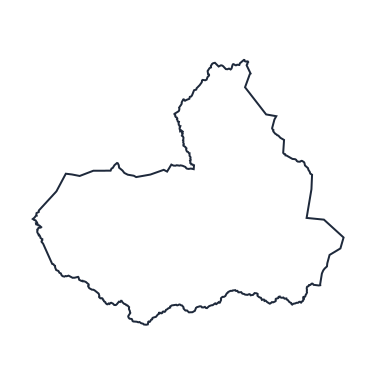 outline of Machaze, Manica, Mozambique, rotated 6°
{"feature_id": "85939544B88211826741163", "entity_name": "Machaze", "entity_type": "district", "adm_level": 2, "iso_a3": "MOZ", "parent_name": "Mozambique", "parent_adm1": "Manica", "projection": "natural_earth1", "projection_center": [33.202, -20.936], "detail": "fine", "context": "isolated", "style": "outline", "palette": "slate", "viewbox_px": 384, "rotation_deg": 6, "n_neighbors": 0, "source": "geoboundaries", "source_scale": "gbopen_adm2", "svg_char_len": 6027}
<svg xmlns="http://www.w3.org/2000/svg" viewBox="0 0 384 384"><g transform="rotate(6 192 192)"><path d="M233.8,56.3L231.4,56.6L230.7,56.2L230.3,55.2L229.8,55.2L226.2,59.0L225.8,60.7L223.6,60.7L222.8,61.3L222.0,61.4L220.0,60.5L219.4,60.7L219.0,61.6L218.4,65.1L217.6,66.1L215.9,65.4L214.4,66.2L212.8,66.2L209.8,63.6L208.5,63.0L207.5,63.0L205.4,64.4L201.3,61.1L199.6,61.7L198.7,62.4L197.6,64.6L197.9,66.1L196.8,66.7L196.3,67.3L194.9,70.1L195.7,73.2L196.6,73.3L196.8,73.9L196.7,74.5L195.4,76.2L194.8,78.7L193.5,79.5L191.0,79.4L190.3,80.0L190.3,81.5L190.0,82.3L188.5,84.9L185.8,88.3L185.5,89.7L183.4,90.6L182.0,95.6L181.3,97.0L179.9,97.6L179.6,99.6L176.3,101.3L175.9,101.8L175.3,101.9L174.1,100.7L173.6,100.9L172.4,103.9L172.5,105.3L172.2,106.1L170.3,109.5L170.8,110.6L170.6,112.5L170.0,113.3L166.6,115.9L166.9,116.2L166.6,116.8L167.4,117.4L167.5,118.6L168.2,119.3L169.0,119.5L169.7,120.4L169.4,121.3L170.0,122.0L170.5,123.4L171.7,123.6L171.5,125.1L171.8,126.5L172.9,127.5L172.9,128.0L173.5,127.9L173.0,130.3L173.8,132.1L173.9,133.0L174.8,132.8L174.5,132.3L174.7,131.8L176.5,132.9L175.9,134.1L176.0,134.6L176.6,134.5L176.7,134.9L176.3,135.9L176.5,136.4L176.1,137.1L177.3,137.9L177.8,138.7L177.9,140.5L177.6,141.5L178.2,142.2L178.0,143.4L178.9,145.2L178.5,145.8L178.6,146.8L180.7,147.9L180.9,148.4L181.9,149.1L181.7,150.2L182.1,151.3L182.8,152.3L183.9,152.6L185.2,154.0L185.5,153.9L185.8,156.3L186.8,157.4L187.0,158.2L186.8,159.1L187.3,159.9L187.4,160.3L186.7,161.0L187.3,162.2L187.2,163.3L188.3,164.0L188.4,164.6L189.8,164.6L190.2,165.1L191.2,165.2L191.3,169.1L188.4,168.8L186.3,169.4L184.6,169.3L183.9,169.0L182.8,167.8L179.9,166.9L177.8,166.7L177.0,167.1L174.0,167.0L173.0,167.5L170.9,167.7L168.6,166.9L165.1,174.3L161.6,172.9L148.8,179.0L134.9,183.0L132.4,181.9L126.3,181.5L122.7,180.1L120.6,177.9L117.0,175.5L116.3,172.9L115.2,171.2L114.4,171.0L112.1,173.4L110.7,176.3L109.5,177.1L108.8,179.3L91.6,181.2L78.6,187.8L70.7,187.1L64.6,187.0L57.1,205.5L41.6,226.4L41.7,227.9L39.6,229.2L39.5,230.6L40.0,231.7L39.3,231.9L37.9,234.1L36.5,235.5L38.2,236.4L39.3,236.5L41.2,238.7L41.2,239.6L40.1,239.6L40.4,240.5L41.5,240.7L41.5,240.2L41.8,240.0L42.6,241.2L43.6,241.2L45.7,242.7L45.3,243.2L43.1,243.7L42.6,245.0L42.0,245.5L42.0,246.0L42.4,246.5L42.2,247.4L42.4,248.3L43.4,249.8L44.2,250.2L44.0,250.8L44.2,251.3L45.0,251.3L45.6,252.0L46.1,253.5L48.1,254.6L47.8,255.4L48.1,255.9L47.5,256.7L47.6,257.3L49.3,258.9L60.1,277.5L60.6,278.2L61.7,278.3L62.7,279.4L63.5,279.7L63.8,281.4L65.1,283.8L67.4,284.5L68.6,286.2L70.1,286.7L70.8,288.1L72.0,289.2L73.9,289.5L75.0,288.8L76.1,288.9L78.0,288.1L82.2,289.8L84.3,289.5L87.6,288.3L88.0,288.6L89.0,291.1L91.3,292.0L92.0,291.8L92.3,292.1L92.7,291.8L93.1,292.2L94.3,292.1L95.9,292.6L98.9,294.7L99.0,295.9L98.5,296.3L98.6,296.7L99.9,298.4L102.7,299.6L104.1,299.5L105.4,300.0L109.8,302.8L110.8,305.2L110.5,305.9L110.7,306.4L112.0,307.3L113.5,307.0L114.3,307.4L114.5,308.3L115.4,308.9L115.9,309.9L117.3,310.6L117.8,311.6L119.1,312.5L119.9,312.5L120.6,311.6L121.7,312.0L122.4,310.9L123.2,310.6L125.1,311.3L126.5,312.5L128.0,312.4L128.8,311.7L130.8,308.7L132.0,308.9L132.8,307.6L133.4,307.6L134.3,308.9L136.4,310.4L137.7,310.6L138.6,311.5L139.6,311.5L141.5,313.1L141.5,315.0L142.7,317.0L142.8,317.9L143.3,318.7L141.7,321.8L141.6,322.6L142.2,323.7L143.1,324.5L145.3,324.6L145.9,325.4L146.3,326.4L147.1,326.9L150.7,326.8L152.1,327.2L153.4,326.8L155.1,327.8L157.1,328.1L158.0,328.8L160.3,328.8L161.9,328.3L162.1,325.6L162.5,325.3L163.4,325.6L163.8,325.3L164.7,323.3L165.7,322.8L165.7,321.8L166.3,321.1L169.2,319.9L170.9,317.3L171.9,316.6L171.8,315.6L172.7,315.4L173.4,315.8L174.5,315.8L175.1,315.3L175.1,314.6L175.6,314.0L176.4,313.8L177.0,314.1L177.8,313.7L178.5,311.9L179.8,311.1L180.4,310.3L182.4,309.2L182.2,308.2L183.8,306.9L188.1,305.8L188.7,306.2L189.5,306.2L191.1,305.2L191.8,305.2L192.9,305.8L194.0,305.9L195.6,307.5L195.8,308.8L197.6,310.4L198.3,310.6L199.3,310.3L201.5,312.0L205.0,311.5L207.3,309.8L208.1,306.8L209.0,306.0L211.9,304.8L213.2,304.9L214.0,305.7L215.8,305.5L216.8,304.9L218.1,305.9L219.0,305.9L221.0,303.7L223.2,302.6L224.4,302.4L226.4,300.5L227.0,300.3L227.6,301.0L227.9,301.0L230.0,298.8L230.6,299.3L231.3,299.1L232.2,296.3L231.9,295.1L232.1,294.3L233.3,293.1L234.6,293.0L236.0,292.0L237.2,289.1L237.9,288.7L238.4,287.7L240.6,286.3L242.3,286.1L242.7,285.7L245.4,285.1L246.1,285.8L247.5,285.6L248.6,286.9L251.5,286.5L252.7,287.8L254.5,288.0L255.5,288.5L257.9,288.5L259.6,287.6L260.3,287.7L261.1,288.6L263.5,287.9L264.8,286.0L266.9,286.0L268.0,286.6L267.9,288.0L268.1,288.5L270.0,289.7L271.6,290.0L272.8,292.0L273.8,291.5L274.8,291.5L275.5,292.8L276.6,292.3L278.2,293.6L280.9,294.9L281.5,294.7L283.1,293.1L284.1,293.3L285.8,292.4L286.7,291.5L286.4,289.8L286.8,289.3L288.7,288.6L289.1,287.2L290.2,286.8L290.5,287.5L292.5,287.8L294.0,287.4L295.1,288.4L297.0,288.0L297.4,289.0L298.5,289.4L300.4,291.3L302.2,292.0L302.4,292.7L303.4,293.5L304.4,292.6L306.6,291.9L307.4,291.3L309.0,291.1L310.1,290.0L311.0,289.9L311.5,290.5L312.1,290.6L312.8,289.4L313.6,288.9L313.7,287.9L314.4,287.2L314.5,286.7L314.5,286.3L313.7,286.0L313.6,285.0L314.0,284.6L315.1,284.5L315.6,283.8L315.9,282.2L316.3,281.6L316.9,279.9L316.5,278.6L316.6,277.3L316.2,276.3L316.2,274.6L316.6,274.0L317.7,273.5L318.1,272.3L319.5,272.0L320.4,270.8L321.0,270.5L321.6,270.6L322.6,271.6L327.9,271.7L329.3,271.3L329.1,270.2L329.7,259.5L330.7,256.3L331.9,254.3L334.0,251.9L334.0,248.8L335.4,240.2L345.5,232.6L347.5,221.4L326.1,205.7L308.7,205.8L310.5,176.8L309.6,162.3L307.7,161.3L306.9,159.5L305.4,157.7L304.9,156.2L301.6,153.8L300.7,151.2L300.1,150.5L298.3,149.6L297.5,149.6L296.2,150.6L294.1,150.7L293.0,150.2L292.2,149.1L291.1,148.6L288.4,148.6L282.1,145.8L281.1,145.8L280.7,144.7L279.6,144.5L278.6,143.5L278.1,130.6L274.3,128.9L272.0,126.9L270.7,126.6L270.3,126.1L268.6,125.3L266.6,123.3L266.3,122.6L266.5,121.9L265.7,121.4L265.0,120.2L266.4,111.3L267.9,107.8L257.6,107.1L233.8,82.3L237.2,68.7L237.9,68.1L233.1,60.3L233.3,59.2L233.7,58.9L233.7,58.0L234.3,56.9L233.8,56.3Z" fill="none" stroke="#1e293b" stroke-width="2"/></g></svg>